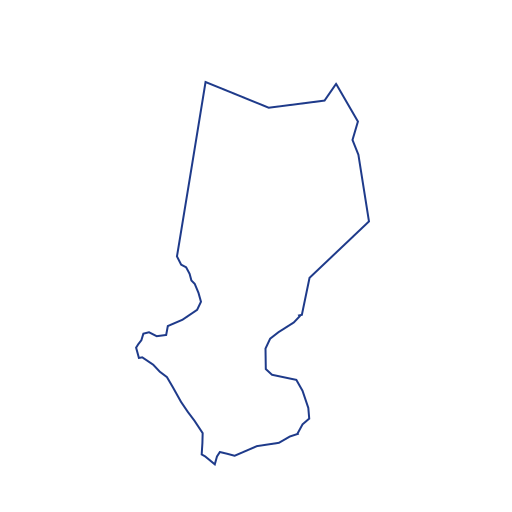 outline of Säffle, Värmland, Sweden, rotated 245°
{"feature_id": "70781695B34912889430401", "entity_name": "Säffle", "entity_type": "district", "adm_level": 2, "iso_a3": "SWE", "parent_name": "Sweden", "parent_adm1": "Värmland", "projection": "robinson", "projection_center": [12.854, 59.089], "detail": "fine", "context": "isolated", "style": "outline", "palette": "blue", "viewbox_px": 512, "rotation_deg": 245, "n_neighbors": 0, "source": "geoboundaries", "source_scale": "gbopen_adm2", "svg_char_len": 1013}
<svg xmlns="http://www.w3.org/2000/svg" viewBox="0 0 512 512"><g transform="rotate(245 256 256)"><path d="M77.1,218.7L77.6,218.7L83.8,227.1L86.0,235.0L86.1,235.5L96.2,239.2L114.2,241.2L126.7,240.2L131.4,233.9L141.6,220.3L149.4,217.1L168.1,225.5L175.1,233.9L177.5,244.4L179.8,262.2L182.9,270.1L183.9,270.0L183.3,272.7L213.6,295.3L239.6,373.0L304.5,391.6L320.4,392.5L334.8,405.2L377.5,401.4L378.1,401.3L377.1,399.5L367.9,383.8L385.0,330.2L435.0,283.8L364.4,235.7L307.3,196.7L290.8,185.4L289.1,184.2L279.8,184.5L275.3,187.9L267.9,188.3L261.1,187.1L256.6,188.7L246.9,188.3L237.8,186.8L232.1,179.9L229.3,162.4L229.8,146.5L222.4,141.2L225.3,132.1L232.1,126.8L233.2,121.1L228.1,116.5L225.8,112.0L223.6,108.6L213.1,106.8L212.2,110.1L200.9,116.9L191.8,119.9L183.9,124.1L172.0,125.2L155.5,126.4L143.6,128.3L132.8,130.6L118.0,132.8L109.0,128.3L99.1,122.9L95.9,125.2L84.6,130.6L90.8,135.9L93.6,140.4L89.1,146.1L84.0,152.2L83.3,176.5L77.0,197.8L78.1,210.4L77.1,218.7Z" fill="none" stroke="#1e3a8a" stroke-width="2"/></g></svg>